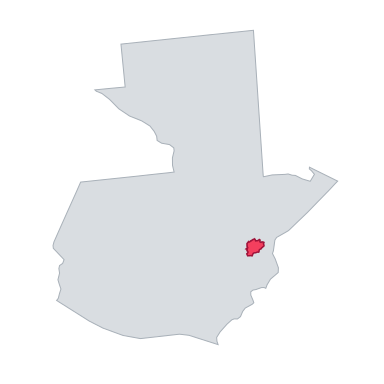 Zacapa, Zacapa, Guatemala (highlighted), rotated 354°
{"feature_id": "79465075B10782882700872", "entity_name": "Zacapa", "entity_type": "district", "adm_level": 2, "iso_a3": "GTM", "parent_name": "Guatemala", "parent_adm1": "Zacapa", "projection": "mercator", "projection_center": [-89.497, 14.973], "detail": "fine", "context": "in_parent", "style": "filled", "palette": "rose", "viewbox_px": 384, "rotation_deg": 354, "n_neighbors": 0, "source": "geoboundaries", "source_scale": "gbopen_adm2", "svg_char_len": 4119}
<svg xmlns="http://www.w3.org/2000/svg" viewBox="0 0 384 384"><g transform="rotate(354 192 192)"><path d="M46.0,285.7L47.9,283.8L49.5,279.4L51.5,274.8L50.3,269.5L49.5,265.2L51.8,258.9L51.6,254.2L52.6,251.3L55.9,249.5L57.7,245.9L48.2,233.5L48.2,230.7L49.5,227.2L57.1,214.0L66.2,198.3L76.3,181.0L82.3,170.5L104.4,170.5L119.0,170.5L137.5,170.5L157.6,170.4L170.8,170.4L176.3,170.3L175.4,163.5L176.1,156.0L178.5,149.2L178.5,146.2L174.6,142.5L166.9,140.3L162.7,137.1L162.7,132.9L160.8,127.9L157.1,122.0L149.4,116.0L137.8,109.9L127.9,101.6L119.7,91.3L112.7,84.6L107.4,81.8L106.1,80.3L121.8,80.4L136.5,80.6L136.6,65.7L136.7,52.4L136.8,37.5L163.6,37.5L195.5,37.5L228.7,37.5L254.7,37.6L270.0,37.6L269.3,56.1L268.5,77.6L267.9,93.4L267.1,114.4L266.3,135.8L265.2,165.0L264.5,183.8L264.8,184.3L273.5,183.4L286.4,184.2L289.5,184.1L293.4,185.8L296.5,186.3L303.0,190.5L310.7,193.7L315.6,187.2L313.0,183.3L311.1,181.3L311.4,179.6L338.0,196.4L334.9,199.0L328.1,204.9L315.8,215.1L304.8,224.3L294.2,232.5L284.6,240.0L283.5,240.7L271.4,246.0L269.4,248.5L266.8,259.0L265.6,261.6L267.8,267.4L270.0,276.4L269.3,281.1L260.9,286.9L257.0,292.1L255.3,295.5L253.8,294.6L251.2,294.3L245.3,295.7L242.4,295.9L240.0,297.4L239.7,300.7L241.3,305.9L241.9,308.6L240.2,309.9L232.8,313.0L229.9,316.1L227.2,321.0L223.9,323.0L220.6,322.6L218.2,323.3L213.1,327.0L205.4,334.0L201.3,339.2L201.2,343.1L202.0,346.5L174.0,334.2L164.7,332.1L125.4,332.4L108.5,327.5L89.3,318.1L76.3,309.6L46.0,285.7Z" fill="#d9dde1" stroke="#a8b0b8" stroke-width="1"/><path d="M245.2,261.8L245.3,261.7L245.5,261.2L245.7,260.7L245.9,260.4L246.2,259.8L246.4,259.6L246.6,259.4L246.8,259.4L247.1,259.2L247.5,259.0L247.8,259.0L248.8,259.1L249.3,259.0L250.0,258.8L250.6,258.6L251.1,258.6L251.7,258.8L251.8,258.8L252.0,258.8L252.0,258.7L252.6,257.8L252.6,257.1L252.7,256.8L252.8,256.7L253.1,256.4L253.6,256.1L254.4,255.8L254.7,255.8L254.9,255.6L255.1,255.3L255.3,255.0L255.5,254.9L255.7,254.7L255.8,254.7L256.1,254.5L256.3,254.4L256.7,254.0L256.8,253.9L257.0,253.8L257.3,253.7L257.5,253.6L257.7,253.4L257.8,253.3L257.8,253.2L258.0,252.9L258.0,252.7L258.0,252.2L257.8,251.7L257.8,251.3L257.7,250.7L257.8,250.7L257.9,250.4L258.2,250.0L258.3,249.9L258.3,249.6L258.2,249.5L257.2,249.1L256.4,248.9L256.0,249.0L255.8,249.1L255.6,249.2L255.4,249.3L255.2,249.2L254.8,249.0L254.7,249.0L254.5,248.9L254.4,248.8L254.4,248.7L254.3,248.4L254.3,248.1L254.5,247.8L254.6,247.6L254.6,247.3L254.6,246.8L254.2,246.3L253.9,246.3L253.7,246.5L253.4,246.7L253.1,246.8L252.8,246.9L252.6,247.1L252.2,247.3L251.6,247.2L251.1,247.2L250.8,247.2L250.4,247.4L250.1,247.2L249.9,246.2L249.8,245.8L249.7,245.7L249.4,245.2L249.3,245.3L249.2,245.3L249.1,245.5L248.9,245.5L248.6,245.5L248.5,245.4L248.2,245.4L247.9,245.5L247.7,245.6L247.5,245.8L247.4,245.8L247.3,246.0L247.0,246.0L246.9,246.0L246.7,246.1L246.4,246.3L246.2,246.4L246.2,246.5L245.9,246.6L245.7,246.6L245.4,246.7L245.3,246.8L245.2,246.8L245.2,247.0L244.9,247.0L244.7,247.3L244.4,247.4L244.2,247.5L243.9,247.6L243.7,247.7L243.4,247.6L243.2,247.8L242.9,247.8L242.7,247.8L242.7,247.7L242.6,247.8L242.4,247.8L242.3,248.0L242.2,248.1L241.9,248.4L241.8,248.5L241.7,248.6L241.5,248.8L241.4,248.9L241.3,249.0L241.2,249.2L241.2,249.3L241.2,249.5L241.2,249.8L241.2,250.0L241.3,250.0L241.3,250.3L241.2,250.3L241.2,250.5L241.2,250.8L241.2,251.0L241.0,251.3L241.0,251.6L241.1,251.8L241.3,251.9L241.3,252.0L241.2,252.3L241.2,252.5L241.3,252.7L241.4,252.8L241.5,252.9L241.6,253.1L241.4,253.4L241.4,253.5L240.9,253.7L240.4,253.8L240.1,254.1L239.8,254.3L240.0,254.4L240.3,254.4L240.3,254.5L240.5,254.7L240.6,254.8L240.7,255.0L240.8,255.0L240.7,255.2L240.8,255.2L240.7,255.2L240.7,255.3L240.6,255.5L240.8,255.7L240.8,255.8L240.7,255.9L240.7,256.0L240.7,256.3L240.8,256.4L240.8,256.5L241.0,256.6L241.2,256.8L241.3,257.0L241.4,257.7L241.2,257.9L241.2,258.1L240.9,258.6L240.6,258.8L240.3,258.9L240.3,259.0L240.0,259.3L240.7,261.3L241.0,261.3L241.4,261.3L241.7,261.3L241.9,261.3L242.4,261.4L242.9,261.4L243.0,261.4L243.4,261.4L243.7,261.4L244.2,261.4L244.4,261.4L244.5,261.5L244.8,261.6L244.9,261.8L245.0,261.8L245.2,261.8Z" fill="#f43f5e" stroke="#9f1239" stroke-width="1.5"/></g></svg>